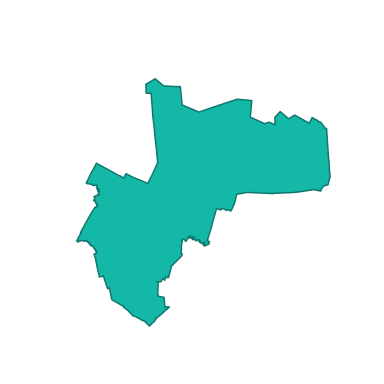 Gataia, Timis, Romania (Robinson projection), rotated 218°
{"feature_id": "2599482B24141184898976", "entity_name": "Gataia", "entity_type": "district", "adm_level": 2, "iso_a3": "ROU", "parent_name": "Romania", "parent_adm1": "Timis", "projection": "robinson", "projection_center": [21.418, 45.392], "detail": "fine", "context": "isolated", "style": "filled", "palette": "teal", "viewbox_px": 384, "rotation_deg": 218, "n_neighbors": 0, "source": "geoboundaries", "source_scale": "gbopen_adm2", "svg_char_len": 5898}
<svg xmlns="http://www.w3.org/2000/svg" viewBox="0 0 384 384"><g transform="rotate(218 192 192)"><path d="M125.1,324.9L126.6,324.2L127.1,324.2L128.1,324.7L129.0,325.0L133.3,326.2L133.7,326.2L135.9,325.4L136.5,325.7L142.2,324.8L143.1,324.7L141.9,318.4L158.4,315.8L160.9,309.2L172.0,309.7L172.7,301.8L171.4,300.3L168.0,296.3L174.6,294.3L174.6,293.6L177.0,290.5L192.2,286.9L197.5,295.2L201.1,300.7L202.1,300.2L213.5,293.0L227.9,271.3L232.9,263.6L235.3,259.7L235.8,259.2L253.4,254.6L266.1,267.8L272.7,262.9L279.8,258.1L290.7,258.6L294.7,248.4L289.6,242.5L289.0,241.7L284.8,244.6L284.6,244.2L274.1,232.7L273.7,232.3L270.7,228.8L262.0,220.0L258.1,216.0L257.3,215.0L243.9,201.3L242.3,199.5L242.0,199.1L237.4,194.4L237.1,194.1L234.1,181.4L232.1,171.5L241.7,169.0L244.5,168.1L246.7,167.5L251.9,166.4L255.1,165.9L254.6,160.8L257.0,160.5L258.0,160.6L258.1,160.3L260.3,159.9L285.0,155.8L283.7,149.0L283.8,148.7L282.2,140.3L282.0,140.1L280.9,134.1L280.0,134.1L279.7,134.4L279.3,134.2L279.0,134.3L278.7,134.5L278.3,134.8L277.8,135.3L276.6,135.8L276.4,136.2L276.2,136.4L275.4,136.2L274.9,136.4L274.4,136.1L273.9,136.2L273.7,136.6L273.0,137.0L272.8,137.4L271.9,138.1L271.2,138.7L270.5,138.8L270.4,138.6L270.3,138.0L269.9,137.6L270.0,136.9L269.9,136.6L269.0,136.5L268.7,135.9L268.4,135.8L268.1,136.1L268.0,136.7L267.9,136.9L267.4,137.0L266.9,136.9L266.5,136.1L266.6,135.8L267.2,135.4L267.0,134.8L266.5,134.7L266.1,134.9L265.9,135.3L265.9,135.6L265.8,135.8L265.3,135.6L264.8,134.7L264.5,134.4L264.7,134.1L265.0,133.6L265.1,133.4L264.9,133.0L263.6,132.6L264.0,132.2L264.3,132.1L264.5,131.6L264.8,131.3L264.9,130.8L264.9,130.3L265.5,129.7L265.7,128.9L266.3,128.5L266.4,128.3L266.4,128.1L265.7,127.8L264.6,127.4L264.3,126.5L264.5,126.2L264.4,126.0L263.8,125.6L263.8,125.4L264.0,125.3L264.0,125.1L264.4,124.9L264.3,124.7L263.7,124.7L262.4,125.4L262.2,125.2L262.2,124.9L262.1,124.7L261.7,124.7L261.1,124.0L260.3,123.9L259.6,124.1L259.7,123.6L259.3,123.5L258.9,123.7L258.8,123.2L258.7,123.0L258.5,122.9L258.0,122.9L258.4,122.3L258.4,121.8L258.1,121.2L258.1,120.6L258.4,120.3L258.6,120.2L258.8,120.4L259.1,120.2L258.9,118.0L258.6,115.3L257.4,106.6L254.9,91.5L254.3,91.6L252.8,82.5L252.0,82.6L251.5,82.4L251.1,82.4L251.1,82.6L251.2,83.1L250.8,83.5L250.8,83.8L250.4,83.8L250.0,84.1L249.9,84.7L249.0,86.0L248.6,86.2L247.5,86.4L246.7,86.8L246.7,87.3L246.2,87.4L246.3,87.7L245.6,88.2L245.0,88.9L244.6,88.8L244.4,88.3L244.1,88.2L244.0,88.3L243.7,88.6L243.3,88.3L243.2,88.4L243.0,88.7L242.4,88.9L242.1,88.7L241.6,88.8L241.5,88.7L241.8,88.5L241.8,88.3L241.2,88.1L240.5,88.2L240.4,88.1L240.3,87.7L239.9,87.8L239.5,87.6L239.2,87.5L239.0,87.4L238.7,87.5L238.9,87.8L238.7,88.1L238.2,88.0L238.0,87.7L237.9,87.7L237.5,87.9L237.5,88.2L237.4,88.3L237.2,88.3L237.0,88.0L236.8,87.9L236.5,88.1L236.7,88.3L236.4,88.4L236.2,88.3L236.1,88.0L235.5,88.1L234.9,87.7L234.8,87.4L234.5,87.2L234.3,87.3L233.9,87.6L233.6,87.3L233.1,87.4L232.7,87.3L232.7,87.2L233.0,87.0L232.7,86.7L232.0,86.7L231.6,86.3L231.4,86.6L231.1,86.6L230.8,86.2L230.4,86.0L230.3,85.7L229.8,85.8L229.9,84.5L230.1,84.2L230.3,83.6L230.5,83.4L230.7,83.0L230.9,82.7L226.0,79.5L226.1,79.3L220.6,74.5L215.2,70.1L213.9,69.3L212.7,68.0L212.2,68.7L211.3,69.5L210.3,71.4L201.6,65.6L198.9,63.9L198.0,65.6L188.9,57.8L174.6,59.8L174.5,59.1L169.7,59.2L162.0,58.0L161.9,58.7L151.2,60.4L151.0,61.2L143.1,60.1L142.6,63.1L142.7,63.7L142.4,65.5L142.3,65.8L141.8,66.5L142.0,67.8L142.7,69.8L142.7,70.1L142.2,70.1L142.2,70.9L140.6,78.4L140.3,80.9L139.6,83.9L139.3,85.3L139.3,87.3L142.7,84.9L149.1,91.7L154.6,89.1L157.3,91.9L159.0,94.5L162.7,99.5L163.1,100.1L163.8,100.0L163.5,100.3L163.0,100.5L161.3,102.0L161.4,103.0L161.6,106.2L159.7,105.7L159.7,106.1L159.4,106.1L160.4,109.2L158.9,109.2L157.9,110.4L162.5,120.9L160.8,135.7L161.2,136.4L161.8,136.5L161.8,137.0L161.9,137.3L162.8,137.1L163.1,137.2L163.4,137.7L163.7,138.1L164.0,138.9L166.9,142.7L169.1,146.4L169.5,146.6L169.7,146.8L169.4,147.4L169.5,147.5L170.5,147.7L170.5,148.0L170.2,148.4L170.4,148.6L170.4,148.8L169.9,149.2L169.8,149.6L169.2,149.8L167.4,149.7L167.1,149.3L166.9,149.2L166.7,149.2L166.4,149.4L166.6,151.8L167.0,153.0L166.6,153.3L166.6,153.6L165.5,154.3L165.4,154.6L165.6,154.8L166.7,154.9L167.0,155.3L166.8,155.3L166.2,155.7L165.6,155.7L165.4,155.7L165.3,156.0L165.4,156.3L165.3,156.5L164.8,156.6L164.8,156.1L164.6,155.5L164.3,155.3L164.1,155.3L163.8,155.4L163.7,155.7L164.0,157.0L163.4,156.9L163.3,156.2L163.6,155.9L163.6,155.7L162.7,155.6L162.6,155.4L162.7,155.0L162.2,154.9L161.8,155.1L161.5,155.7L161.6,156.0L161.7,156.3L162.3,156.9L162.4,157.4L162.3,157.6L162.1,157.6L161.5,157.2L161.3,156.4L161.1,156.3L160.0,156.1L159.2,156.3L158.9,156.1L158.7,156.1L158.5,156.3L158.6,156.9L158.5,157.2L158.0,157.7L157.4,158.0L157.3,158.6L157.0,158.9L156.8,158.9L156.1,158.2L155.8,158.2L156.1,157.7L156.1,157.4L155.9,157.3L155.0,157.1L154.6,157.7L154.3,157.4L154.0,157.2L153.4,157.6L152.8,157.4L152.5,157.5L152.2,157.8L152.2,158.7L152.3,159.0L151.7,159.4L150.9,160.1L150.9,159.8L150.8,159.5L150.3,159.2L150.1,158.6L150.7,158.0L150.7,157.5L150.5,157.3L150.1,157.2L149.5,156.9L149.4,156.9L149.0,157.2L148.9,157.4L149.0,157.8L148.6,158.1L148.5,158.4L148.1,158.5L147.7,158.7L147.6,159.3L147.6,160.0L147.4,160.7L146.6,160.9L146.6,161.0L147.7,163.6L149.9,163.0L152.9,170.5L155.2,176.6L155.7,177.8L155.8,177.8L159.6,186.9L162.4,194.0L161.0,194.4L160.1,194.9L159.3,195.1L159.0,195.4L158.3,195.7L158.1,195.9L158.5,197.2L158.3,197.2L157.2,197.9L156.4,198.3L154.7,198.6L153.8,198.6L153.4,199.0L153.0,199.9L152.9,200.0L151.4,200.6L150.2,200.6L149.9,200.9L149.7,201.6L149.8,202.0L150.2,204.1L151.3,207.7L151.5,208.1L151.2,208.5L151.4,209.0L152.9,212.5L155.5,217.6L148.3,225.6L127.2,240.6L127.4,240.8L112.5,253.4L107.9,257.8L97.7,268.7L91.2,272.0L91.7,273.7L91.9,274.6L92.0,277.1L92.0,277.6L90.4,280.0L89.3,281.3L92.7,289.2L93.6,290.3L93.8,290.4L96.4,293.0L103.2,300.7L105.2,302.7L125.1,324.9Z" fill="#14b8a6" stroke="#0f766e" stroke-width="1.5"/></g></svg>